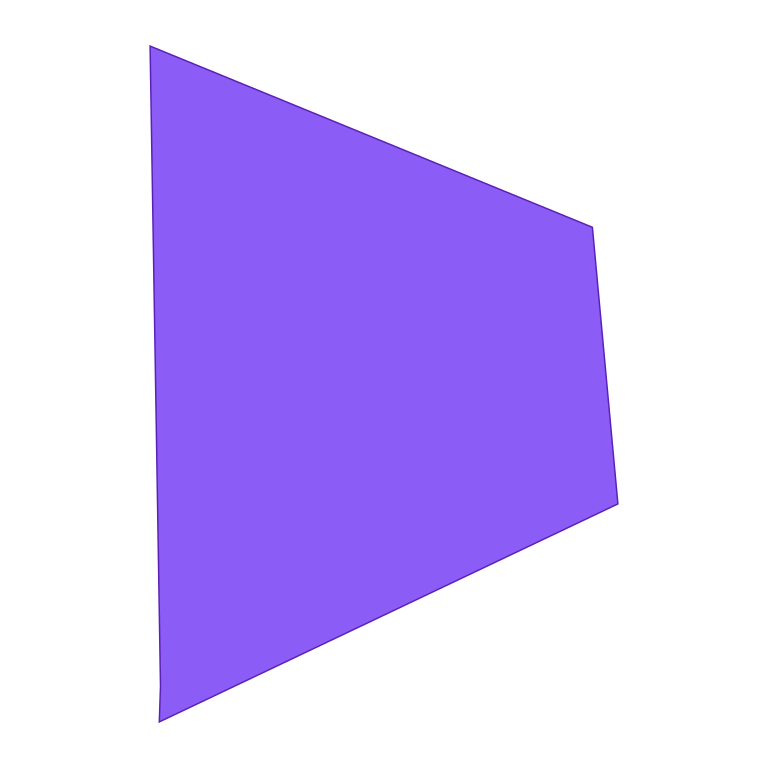 map outline of Saint Luke (Mercator projection)
{"feature_id": "DMA-1437", "entity_name": "Saint Luke", "entity_type": "Parish", "adm_level": 1, "iso_a3": "DMA", "parent_name": "Dominica", "parent_adm1": "", "projection": "mercator", "projection_center": [-61.367, 15.248], "detail": "fine", "context": "isolated", "style": "filled", "palette": "violet", "viewbox_px": 768, "rotation_deg": 0, "n_neighbors": 0, "source": "natural_earth", "source_scale": "10m", "svg_char_len": 203}
<svg xmlns="http://www.w3.org/2000/svg" viewBox="0 0 768 768"><path d="M160.5,686.2L150.1,46.1L592.4,227.3L617.9,503.9L159.3,721.9L160.5,686.2Z" fill="#8b5cf6" stroke="#5b21b6" stroke-width="1.5"/></svg>